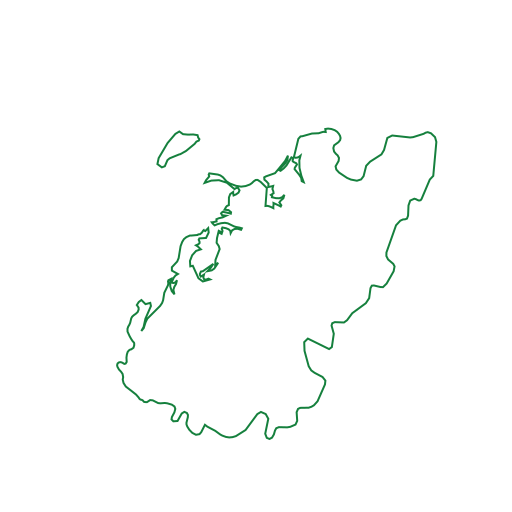 SVG path tracing the border of Morbihan, rotated 116°
{"feature_id": "FRA-5327", "entity_name": "Morbihan", "entity_type": "Metropolitan department", "adm_level": 1, "iso_a3": "FRA", "parent_name": "France", "parent_adm1": "", "projection": "equal_earth", "projection_center": [-2.844, 47.752], "detail": "fine", "context": "isolated", "style": "outline", "palette": "green", "viewbox_px": 512, "rotation_deg": 116, "n_neighbors": 0, "source": "natural_earth", "source_scale": "10m", "svg_char_len": 5869}
<svg xmlns="http://www.w3.org/2000/svg" viewBox="0 0 512 512"><g transform="rotate(116 256 256)"><path d="M352.1,341.6L348.7,341.2L345.8,339.7L347.7,334.2L344.5,330.5L347.0,328.5L360.9,327.9L369.1,325.9L373.7,326.2L370.1,325.3L364.1,326.2L360.0,326.2L342.9,320.3L339.4,319.8L336.5,320.1L329.2,322.3L320.8,322.3L318.8,322.9L317.5,323.9L316.2,324.1L313.8,322.3L317.2,321.7L321.1,319.6L324.5,316.3L326.2,312.5L322.7,315.4L319.5,315.9L316.2,315.6L312.4,316.4L314.3,316.7L315.6,317.3L316.5,318.4L317.0,320.3L311.4,320.4L308.8,319.8L306.4,318.3L306.0,325.2L303.0,326.7L295.5,324.4L291.8,324.6L280.2,328.1L275.8,328.5L272.5,328.2L269.6,326.9L266.6,324.4L266.1,323.3L262.7,317.7L261.9,317.4L260.9,315.8L258.8,314.9L256.3,314.6L255.6,314.3L255.9,313.9L255.8,312.5L251.9,311.2L255.7,308.8L261.7,308.8L265.0,314.6L266.6,314.6L267.8,313.1L269.1,312.4L270.6,312.9L272.7,314.6L272.9,312.7L274.2,308.5L277.7,312.1L283.3,313.7L289.4,313.2L294.1,310.5L292.5,308.5L301.2,298.0L302.2,292.6L297.2,287.0L297.2,288.8L299.3,290.7L299.6,292.5L298.3,294.0L295.5,294.6L298.7,296.6L297.7,298.0L296.7,298.6L294.1,298.7L293.0,297.1L281.8,290.9L286.5,291.5L290.9,292.9L288.3,289.5L285.6,288.0L278.7,287.0L281.8,288.8L277.2,290.7L265.7,291.7L263.4,293.8L261.4,297.2L257.0,298.9L249.7,300.5L249.7,298.7L251.2,298.7L251.2,296.6L248.3,297.0L247.6,297.5L246.6,298.7L245.1,298.7L244.2,295.2L244.0,292.3L244.7,290.1L246.6,288.8L243.4,288.7L241.1,287.1L239.6,284.5L239.0,280.9L237.3,280.9L237.7,283.2L238.7,286.8L239.0,288.8L239.0,295.6L239.8,298.5L241.8,301.7L244.3,304.6L246.6,306.6L246.0,308.5L245.7,309.4L245.1,310.5L244.5,309.5L242.2,306.6L240.3,307.7L238.3,305.9L235.9,302.9L232.9,300.5L234.2,304.3L233.0,306.1L230.9,305.4L229.9,301.6L229.0,297.2L227.6,297.6L226.8,300.8L228.2,304.6L225.0,304.4L223.7,304.0L222.2,302.7L215.2,306.0L211.6,306.3L208.5,304.6L210.0,303.8L211.4,302.7L209.3,300.9L206.7,299.5L204.2,299.6L202.3,302.7L203.3,303.1L204.2,304.1L205.3,304.6L202.9,314.3L204.1,322.5L207.8,329.2L212.8,334.2L209.7,334.1L205.0,332.9L203.6,334.2L202.2,334.2L199.5,325.9L199.2,323.3L199.7,320.2L201.8,315.3L202.3,311.5L201.7,304.8L200.2,299.8L197.7,296.0L194.5,292.9L192.4,291.7L189.9,290.8L187.8,289.6L186.9,287.9L187.4,284.2L190.1,276.1L206.9,269.4L206.0,267.9L205.6,266.3L205.4,264.2L205.4,261.4L204.3,262.0L201.7,262.9L200.7,263.5L200.6,257.4L200.7,255.5L199.3,255.5L197.6,258.5L195.2,258.0L192.2,256.7L188.6,257.3L191.8,258.3L193.9,260.4L195.3,263.5L196.2,267.4L195.1,267.6L194.9,267.8L194.9,268.3L194.6,269.4L191.9,267.7L190.4,268.7L188.6,270.6L185.5,271.3L186.3,272.2L188.6,275.2L185.5,276.5L184.4,279.2L183.7,281.9L181.7,283.1L180.0,281.9L173.2,275.2L167.6,273.8L157.8,271.5L151.8,271.3L155.8,269.9L159.8,270.3L168.7,273.1L168.7,271.3L165.1,269.5L161.2,268.3L151.8,267.4L151.8,265.3L153.8,265.1L154.8,264.5L155.0,263.0L155.0,260.4L155.8,259.3L159.6,259.8L161.0,259.4L163.9,253.1L165.9,249.7L168.7,247.7L168.7,245.5L163.9,250.5L157.8,255.5L151.0,259.0L146.3,260.0L148.0,260.8L149.4,262.0L150.4,263.5L150.4,265.3L132.1,269.3L129.0,268.4L128.0,266.8L121.4,259.4L118.2,253.5L115.8,251.0L114.8,249.8L114.0,247.7L111.5,249.4L109.9,247.1L108.8,243.9L108.4,240.4L108.8,237.5L109.9,235.0L111.2,233.1L112.9,231.7L115.0,231.2L117.6,231.8L122.3,234.3L125.1,233.8L127.9,231.6L129.1,229.1L129.8,226.7L131.5,224.4L134.4,223.4L140.5,223.8L143.1,221.7L144.6,217.9L145.9,208.4L145.7,204.2L144.1,198.3L141.1,195.1L137.1,194.3L126.6,196.5L121.2,194.8L109.7,187.8L104.6,187.4L92.3,189.7L88.0,186.4L81.9,169.4L80.3,166.9L72.7,158.9L70.8,157.6L69.4,155.9L69.0,152.5L70.7,147.2L74.4,143.9L106.3,131.8L111.1,133.3L132.1,132.2L133.7,132.5L134.7,133.8L134.9,135.3L134.8,136.9L135.1,138.8L138.6,141.7L143.7,141.1L153.1,137.0L156.2,136.7L157.6,138.0L158.7,139.9L161.0,141.8L167.0,143.6L195.7,140.3L198.9,138.8L201.2,135.8L202.9,129.2L204.6,126.9L209.4,125.6L223.5,126.5L228.3,128.2L229.3,130.4L230.8,137.1L231.9,138.9L234.7,139.0L244.3,135.8L250.3,136.6L265.2,144.4L273.8,146.0L277.2,147.8L280.9,156.2L283.0,158.0L285.4,157.6L291.8,152.0L304.6,147.9L307.6,149.5L307.5,173.2L312.3,174.9L320.0,170.8L332.0,160.3L334.6,156.2L335.3,152.2L335.6,143.1L337.6,139.0L341.2,137.7L359.6,137.0L364.8,138.5L367.2,140.1L369.3,142.2L373.1,149.7L375.0,151.2L378.6,151.0L386.1,146.7L390.2,146.6L394.5,150.3L396.3,152.8L399.8,160.4L401.9,162.3L404.6,162.4L408.6,161.7L412.3,162.0L414.6,163.8L414.7,166.6L411.7,169.8L396.9,173.6L393.8,178.0L394.0,183.2L397.5,185.5L417.0,189.1L426.7,195.1L429.1,197.7L430.8,200.5L431.8,203.7L432.2,207.6L432.1,209.9L431.0,216.0L430.7,225.0L430.1,227.9L438.4,228.0L440.9,228.7L443.0,231.6L442.9,235.7L441.4,239.8L439.4,243.0L437.9,244.6L436.4,245.4L430.8,246.6L428.7,247.5L427.4,249.3L427.5,252.1L430.1,253.7L438.7,254.2L440.8,257.8L439.9,260.3L437.6,261.0L432.4,260.8L428.8,261.5L427.0,263.3L426.5,266.5L427.3,271.2L428.1,273.6L430.3,277.3L431.1,279.5L431.0,285.5L431.9,288.0L435.1,289.9L435.6,290.9L436.2,292.6L435.9,293.4L435.4,294.6L435.4,295.7L435.7,296.9L435.4,298.2L434.6,299.5L433.1,303.1L430.4,315.8L428.2,319.4L425.5,321.6L423.1,322.3L420.5,324.2L419.2,326.5L418.1,329.4L416.3,332.0L415.0,333.0L413.3,333.3L411.9,332.7L410.9,331.5L410.6,330.5L410.5,329.2L410.7,327.4L410.6,326.8L409.8,326.0L407.9,325.8L404.1,327.9L401.1,328.9L398.4,329.3L396.5,328.8L395.5,328.2L395.0,327.8L394.7,327.3L393.7,326.7L392.2,325.9L389.7,326.3L388.2,327.0L387.5,327.5L387.3,327.8L386.6,329.6L385.3,331.8L383.5,334.4L380.3,338.3L377.8,339.6L375.5,339.9L373.3,339.7L371.2,339.8L366.8,340.8L364.8,340.7L362.8,339.9L360.6,338.7L358.3,337.8L355.6,338.0L353.9,338.9L352.4,341.4L352.1,341.5L352.1,341.6ZM206.0,376.4L208.6,377.6L215.3,377.3L217.6,379.5L216.6,384.9L210.7,386.4L193.2,385.0L181.6,382.0L177.7,379.5L178.5,375.0L176.7,370.3L174.3,365.7L173.0,361.5L174.9,359.9L175.8,358.1L177.3,358.0L179.3,359.7L182.1,360.3L192.2,364.9L197.7,368.7L198.3,369.5L206.0,376.4Z" fill="none" stroke="#15803d" stroke-width="2"/></g></svg>